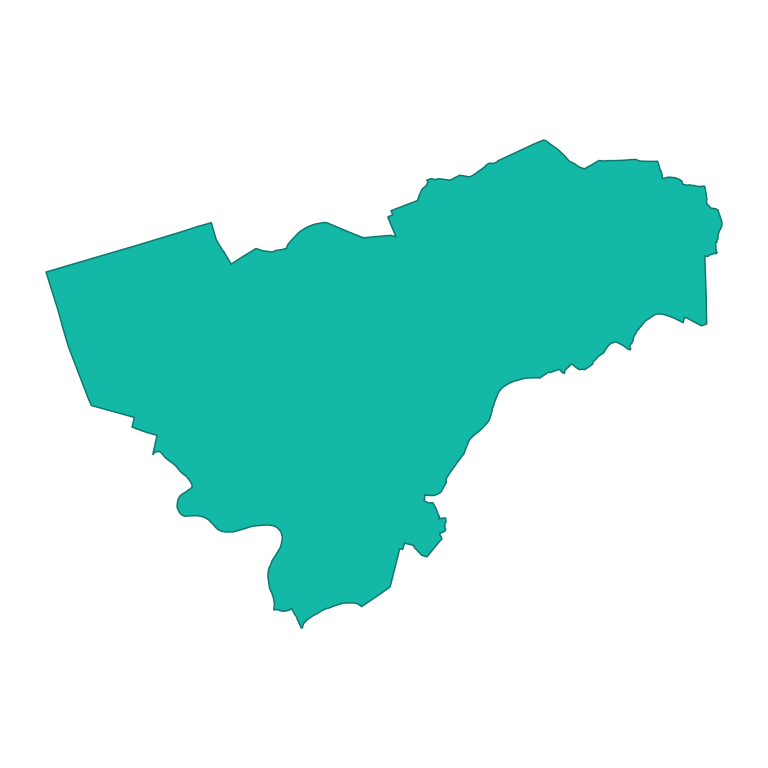 the district of Mediesu Aurit, Satu Mare, Romania
{"feature_id": "2599482B60738001059881", "entity_name": "Mediesu Aurit", "entity_type": "district", "adm_level": 2, "iso_a3": "ROU", "parent_name": "Romania", "parent_adm1": "Satu Mare", "projection": "albers", "projection_center": [23.173, 47.794], "detail": "fine", "context": "isolated", "style": "filled", "palette": "teal", "viewbox_px": 768, "rotation_deg": 0, "n_neighbors": 0, "source": "geoboundaries", "source_scale": "gbopen_adm2", "svg_char_len": 6110}
<svg xmlns="http://www.w3.org/2000/svg" viewBox="0 0 768 768"><path d="M361.6,606.6L381.9,592.8L388.5,588.1L390.2,586.5L399.7,548.8L402.6,549.4L404.5,543.2L414.3,545.5L413.9,547.0L421.8,555.3L427.0,556.8L437.5,543.9L441.8,539.0L441.8,538.3L441.7,538.0L441.1,536.7L440.5,535.7L439.9,534.9L439.7,534.5L439.7,533.8L439.9,533.6L441.6,532.7L444.3,531.4L444.9,531.2L445.7,529.2L445.6,528.8L445.0,527.9L444.9,523.6L446.0,522.4L445.7,518.1L442.6,518.1L439.7,518.5L439.1,518.9L439.4,516.4L438.1,514.2L435.8,508.1L433.0,502.9L428.7,502.9L428.2,502.8L423.8,500.5L424.6,499.1L424.7,495.0L426.4,495.3L431.4,495.5L433.8,495.4L435.6,495.0L439.5,493.2L440.7,492.4L441.8,490.6L443.3,487.8L446.3,482.6L446.4,482.2L446.3,481.3L445.9,480.2L445.9,479.9L446.8,477.7L449.6,473.3L453.1,468.3L457.2,462.6L464.4,453.1L464.3,452.7L466.3,447.4L468.8,441.1L469.3,440.4L470.7,438.5L473.3,435.7L475.4,434.2L481.5,429.2L486.8,423.3L488.7,421.0L489.4,419.6L490.5,416.4L492.1,410.6L492.7,407.5L493.7,405.6L494.2,403.4L497.1,395.5L498.9,391.9L499.6,390.9L500.8,389.3L502.7,387.5L506.3,384.9L509.2,383.4L512.5,381.8L513.8,381.3L521.8,379.1L525.0,378.3L528.0,378.0L536.9,377.7L538.6,377.8L539.6,378.1L548.8,372.0L549.4,372.4L550.0,372.5L559.5,369.4L559.8,370.0L561.2,371.1L562.1,372.6L562.7,372.8L563.7,372.8L564.4,373.3L564.8,370.5L566.3,369.0L568.9,366.7L569.3,366.2L570.1,365.5L570.4,364.8L571.5,363.7L575.5,367.1L578.6,369.3L579.4,369.6L582.2,369.2L583.9,369.6L584.8,369.5L585.8,369.0L589.9,366.2L592.2,364.5L592.4,364.3L593.2,362.1L593.6,361.4L594.2,360.8L595.5,359.8L595.9,359.4L596.8,358.0L597.4,357.2L601.4,354.2L603.5,353.0L605.7,349.3L608.2,346.0L609.5,344.5L611.3,343.2L615.6,341.9L616.5,342.1L623.0,345.4L624.1,346.1L626.3,348.0L628.7,349.5L629.9,349.7L630.6,349.5L630.7,349.4L630.6,348.9L629.9,347.1L629.9,346.4L630.1,345.5L630.8,344.2L631.8,343.2L632.6,341.8L633.1,340.2L633.5,337.4L634.6,335.3L635.9,333.4L636.8,331.0L637.0,330.7L637.5,330.6L644.7,321.5L646.1,320.5L650.9,317.3L655.4,314.4L656.0,314.2L658.9,313.9L663.3,314.3L669.8,316.4L674.9,318.5L683.1,322.6L684.5,317.5L684.9,317.7L685.4,317.6L686.3,317.7L690.6,320.0L693.0,321.4L701.5,325.8L705.2,324.5L706.7,323.8L706.3,308.5L706.3,300.0L704.8,255.9L705.6,256.0L706.8,256.5L708.1,256.2L708.5,256.1L709.2,255.2L709.8,254.8L710.7,254.6L711.0,254.6L712.2,254.3L713.0,253.8L713.5,253.3L714.6,253.4L715.3,253.8L715.9,253.7L716.8,253.0L717.1,252.5L716.5,252.1L715.9,248.3L715.7,242.7L715.9,242.3L716.7,242.2L717.0,242.0L716.6,241.1L716.7,240.7L717.7,239.4L717.8,238.7L718.0,238.0L717.9,236.6L718.4,233.7L719.5,230.5L720.4,229.1L720.9,227.8L721.5,226.6L721.9,224.7L721.8,221.6L721.5,220.9L721.4,220.2L720.8,218.7L719.6,214.9L718.8,212.8L718.2,210.3L717.7,209.8L716.8,209.3L715.5,208.8L711.3,208.1L710.2,207.6L709.6,206.6L708.9,205.7L708.2,205.1L707.4,204.6L707.1,203.3L706.5,202.6L706.3,202.0L707.0,199.5L704.9,186.7L704.4,186.2L703.4,186.1L700.0,186.5L698.5,186.5L695.8,186.1L694.1,185.5L690.9,185.3L689.8,184.8L688.0,185.2L685.2,184.9L683.8,184.5L682.4,183.7L682.0,181.7L681.8,181.1L681.4,180.6L677.9,178.8L674.9,177.6L673.0,177.6L670.3,177.2L667.6,177.2L667.0,177.5L665.7,178.0L662.2,178.3L662.2,176.8L662.0,174.8L661.6,173.1L661.2,171.6L660.7,170.6L660.0,169.3L659.6,168.0L659.2,166.2L657.6,161.3L648.5,161.4L640.5,161.1L638.3,160.5L635.8,159.4L628.9,159.8L623.2,160.3L612.3,160.7L609.6,160.5L604.5,161.0L602.0,160.8L599.7,160.5L598.3,160.9L590.1,165.7L586.6,167.5L584.7,168.8L582.4,168.2L579.8,167.2L577.6,166.0L574.3,163.5L571.5,162.3L569.5,161.2L568.5,160.4L566.7,158.2L564.7,155.9L557.9,149.4L556.0,148.1L550.2,144.0L546.0,140.8L543.6,140.0L534.2,143.9L498.0,160.8L496.7,162.1L493.0,163.6L492.0,163.3L490.6,163.2L489.4,163.3L488.2,163.8L487.1,164.5L485.3,166.0L484.4,167.1L483.4,167.9L480.5,170.0L478.4,171.3L477.4,172.1L476.3,173.2L470.7,176.5L469.4,176.8L468.5,176.8L459.8,175.2L450.1,180.2L438.8,178.7L435.2,179.6L430.9,178.6L426.9,180.2L427.9,182.1L426.2,185.8L422.3,188.8L419.3,195.0L417.5,200.6L409.5,203.6L391.1,210.7L392.7,214.8L388.5,216.6L388.6,217.1L387.9,217.4L395.9,236.7L395.6,236.8L391.6,235.5L390.6,235.4L381.6,236.1L364.7,237.7L362.3,237.4L353.0,233.7L327.1,222.8L325.2,222.5L324.2,222.5L321.2,223.0L315.1,224.1L311.3,225.4L306.6,227.4L304.9,228.4L300.4,231.2L297.6,233.7L290.2,241.6L288.4,243.9L287.9,244.8L287.5,245.4L286.3,248.5L285.9,248.5L281.8,249.6L276.1,250.4L275.6,250.5L273.5,251.7L272.1,252.0L267.4,251.3L264.3,251.1L261.6,250.4L256.0,248.5L240.4,258.1L231.2,264.1L225.6,254.8L223.7,251.3L223.3,251.0L222.9,250.9L219.3,245.0L216.2,239.5L211.3,222.7L197.4,226.6L185.0,230.7L140.4,244.3L46.1,272.0L46.6,273.9L55.5,302.2L57.6,308.9L61.7,323.5L61.9,324.6L64.6,333.8L68.6,347.2L88.3,398.5L91.3,405.5L134.3,417.4L132.1,427.1L143.4,431.3L148.4,432.9L157.0,435.3L156.3,438.8L155.8,440.4L154.8,446.0L153.9,449.3L152.8,454.9L154.5,452.5L156.7,451.6L158.4,451.6L160.0,451.7L161.4,453.0L164.1,456.3L165.5,457.8L169.0,460.7L171.8,462.6L175.4,465.5L177.1,467.4L178.6,469.6L180.6,471.8L183.1,474.0L184.8,475.1L186.6,476.7L189.5,480.4L190.7,482.1L191.4,483.5L192.1,485.4L192.0,486.9L191.1,488.1L190.1,488.9L188.6,489.8L186.7,491.3L181.7,494.5L180.0,496.0L178.3,499.0L177.6,501.5L177.3,503.7L177.1,506.1L177.4,508.3L178.8,511.1L179.9,513.2L181.7,514.8L184.0,516.1L187.0,516.1L193.4,515.7L197.3,515.7L201.9,516.5L205.3,517.8L208.4,519.6L210.6,522.0L212.8,524.0L215.5,527.3L218.1,529.6L222.0,531.4L225.9,532.0L233.3,531.9L243.8,528.9L248.1,527.5L252.8,526.1L264.1,525.1L268.9,525.0L271.4,525.5L272.3,525.5L275.0,526.4L277.3,527.8L280.5,531.2L281.6,533.8L282.4,537.9L281.7,541.9L280.6,546.8L277.3,552.6L271.8,561.2L270.8,564.7L268.9,568.1L268.1,572.5L267.9,576.7L269.6,588.4L271.7,592.8L273.4,597.7L274.4,603.7L273.9,608.8L273.9,609.8L277.9,609.6L278.4,609.9L281.2,610.9L283.1,611.2L286.5,610.8L288.4,610.4L289.4,610.0L291.6,608.6L294.7,614.5L296.3,616.5L297.0,617.6L297.2,618.2L297.1,619.0L298.5,621.8L301.2,628.0L302.5,627.7L302.9,625.7L303.6,623.7L305.8,621.1L308.2,619.0L313.9,615.2L317.3,613.6L321.0,611.1L325.9,608.7L330.0,607.7L333.2,606.2L343.7,603.0L353.6,602.9L357.5,603.7L360.9,606.0L361.6,606.6Z" fill="#14b8a6" stroke="#0f766e" stroke-width="1.5"/></svg>